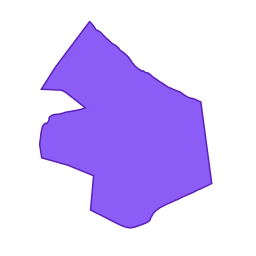 the district of Bruceville/Shanty Town, Vieux Fort, Saint Lucia, rotated 280°
{"feature_id": "8701671B31536824051324", "entity_name": "Bruceville/Shanty Town", "entity_type": "district", "adm_level": 2, "iso_a3": "LCA", "parent_name": "Saint Lucia", "parent_adm1": "Vieux Fort", "projection": "robinson", "projection_center": [-60.948, 13.726], "detail": "fine", "context": "isolated", "style": "filled", "palette": "violet", "viewbox_px": 256, "rotation_deg": 280, "n_neighbors": 0, "source": "geoboundaries", "source_scale": "gbopen_adm2", "svg_char_len": 2882}
<svg xmlns="http://www.w3.org/2000/svg" viewBox="0 0 256 256"><g transform="rotate(280 128 128)"><path d="M34.8,124.9L32.0,133.9L30.6,139.4L30.4,141.1L30.1,142.4L30.0,144.2L29.9,145.3L29.9,146.4L30.0,147.2L30.5,148.9L30.9,150.2L31.6,151.8L32.6,153.7L33.8,155.8L35.4,158.6L37.4,161.9L39.3,164.2L40.7,165.5L44.7,166.3L45.7,166.9L47.4,167.3L48.7,168.0L49.8,168.7L50.9,169.5L51.8,170.2L52.5,170.9L53.2,171.5L54.2,172.4L55.1,173.3L55.9,174.4L56.8,175.6L57.6,176.7L58.6,178.0L59.1,178.7L60.2,180.1L60.7,181.0L61.6,182.3L62.4,183.5L63.2,184.6L64.0,185.8L65.3,187.7L66.3,189.4L67.6,191.1L68.5,192.3L69.8,194.1L73.4,199.5L75.0,202.1L76.5,204.0L77.7,205.6L79.3,207.8L80.4,209.5L81.6,211.3L83.7,214.2L85.3,216.5L86.7,218.4L87.9,220.1L166.3,195.2L166.7,193.5L167.5,190.4L168.0,188.3L168.3,186.5L168.3,185.1L168.5,182.6L169.1,180.6L169.4,179.7L170.4,177.5L171.5,175.3L172.4,173.4L172.5,173.1L172.7,171.7L172.9,170.7L173.0,170.4L173.2,169.4L173.6,167.1L174.3,164.6L174.6,163.4L174.9,161.4L175.1,160.8L175.4,160.0L176.3,158.2L177.1,156.2L177.7,155.0L178.1,154.1L178.5,152.8L179.0,151.5L179.3,150.9L179.6,150.3L179.9,149.5L180.1,148.9L180.6,148.2L181.3,146.5L181.9,145.1L182.5,143.7L183.1,142.8L184.2,141.2L184.6,140.5L185.0,139.8L185.4,138.8L185.6,138.0L185.7,136.9L185.7,135.5L185.9,134.7L186.2,134.3L186.5,134.0L186.7,133.6L187.0,133.2L186.7,132.4L186.5,131.7L186.8,130.9L187.3,130.2L187.5,129.5L187.8,128.5L188.6,127.0L189.4,125.7L189.6,125.2L190.0,124.4L190.4,123.9L191.6,122.6L192.0,122.3L192.8,120.9L194.3,119.7L194.9,119.3L195.6,118.4L196.3,117.7L197.4,116.7L198.4,115.3L199.3,114.2L200.7,111.8L201.5,110.6L202.1,109.2L202.4,108.4L202.8,107.5L203.0,107.0L203.4,106.6L204.5,105.5L205.2,104.9L205.3,104.1L205.6,103.8L206.2,103.2L206.7,102.5L207.5,100.5L207.9,99.2L208.2,98.5L209.2,96.6L210.5,94.6L211.4,93.4L212.0,92.2L213.1,90.4L213.6,89.7L214.8,87.9L216.6,85.7L217.7,84.0L218.6,81.8L218.8,81.0L218.9,79.6L219.6,79.1L221.6,77.2L223.0,75.8L224.4,74.2L226.1,71.7L175.1,45.8L151.1,35.9L152.0,42.5L152.2,44.3L152.6,47.4L153.0,50.4L153.3,53.2L153.6,54.5L153.6,55.1L153.3,57.5L152.1,60.7L151.7,61.4L148.4,67.7L145.3,73.5L143.2,77.3L141.7,80.1L140.5,82.5L140.2,82.1L139.3,80.5L138.6,79.3L137.5,76.7L136.7,74.8L136.1,73.4L135.9,72.5L135.7,71.8L134.9,70.0L134.6,69.2L134.4,68.6L134.2,68.0L133.9,67.3L133.4,65.8L133.2,65.3L132.9,64.3L132.2,62.8L131.3,61.3L129.8,57.8L129.4,56.7L129.2,55.8L128.9,54.9L128.8,54.4L128.6,53.4L128.0,52.1L127.7,51.5L126.7,50.4L125.8,49.3L125.2,48.9L124.9,48.7L124.0,48.5L123.5,48.6L122.6,48.8L121.9,48.9L121.2,48.7L120.7,48.5L120.4,48.3L119.2,47.8L118.6,47.2L118.5,46.8L118.3,46.2L118.1,45.6L117.6,45.1L117.3,44.9L117.0,44.6L116.7,44.4L115.9,44.0L114.8,43.5L112.5,43.4L106.7,43.2L103.2,43.6L102.1,43.6L96.6,43.8L83.6,48.2L80.9,75.3L75.0,102.4L41.2,105.3L40.6,105.4L40.4,106.2L40.2,107.0L35.5,122.9L34.8,124.9Z" fill="#8b5cf6" stroke="#5b21b6" stroke-width="1.5"/></g></svg>